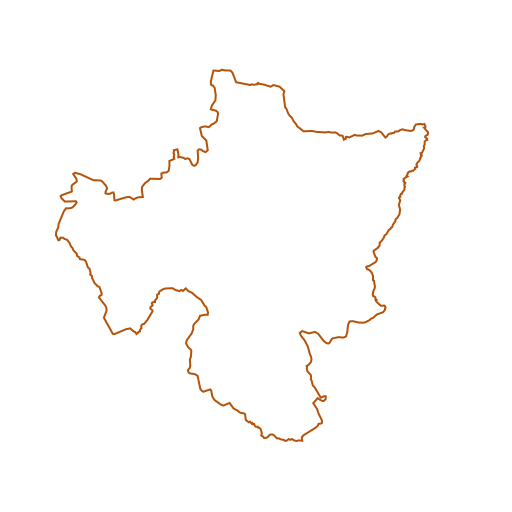 Kabongo, Katanga, Democratic Republic of the Congo (orthographic projection), rotated 259°
{"feature_id": "63176286B531915432051", "entity_name": "Kabongo", "entity_type": "district", "adm_level": 2, "iso_a3": "COD", "parent_name": "Democratic Republic of the Congo", "parent_adm1": "Katanga", "projection": "orthographic", "projection_center": [25.515, -7.094], "detail": "fine", "context": "isolated", "style": "outline", "palette": "amber", "viewbox_px": 512, "rotation_deg": 259, "n_neighbors": 0, "source": "geoboundaries", "source_scale": "gbopen_adm2", "svg_char_len": 6063}
<svg xmlns="http://www.w3.org/2000/svg" viewBox="0 0 512 512"><g transform="rotate(259 256 256)"><path d="M353.4,446.5L353.3,444.5L354.3,442.9L354.6,438.1L352.1,435.7L350.8,435.5L349.5,434.3L349.2,431.8L351.1,426.3L352.4,424.1L352.2,421.7L351.2,419.6L351.6,416.2L350.4,414.7L350.7,413.1L350.3,412.1L350.8,411.2L349.9,408.6L348.4,407.3L347.6,405.6L353.4,402.6L355.4,400.2L354.0,393.8L354.8,387.2L353.9,383.1L355.2,377.3L356.1,376.1L354.6,370.4L355.8,367.6L355.6,366.8L354.0,366.6L353.4,364.5L357.7,363.9L358.4,361.1L361.4,358.6L362.2,357.2L362.7,353.8L364.0,350.7L364.0,348.0L366.1,339.7L368.1,334.6L369.3,326.5L375.6,321.1L377.3,320.7L381.8,318.4L384.6,317.7L387.5,315.7L389.9,314.8L394.8,313.9L396.5,313.0L409.5,313.8L412.4,315.3L417.7,311.4L420.5,305.7L419.4,302.7L422.6,296.8L424.6,291.7L425.5,291.1L425.1,290.2L424.3,290.1L424.5,286.3L425.4,284.2L424.9,283.0L430.4,269.6L440.4,267.9L442.9,266.3L444.2,260.8L445.4,257.9L444.6,255.4L446.2,249.6L435.8,244.9L432.8,244.5L431.8,245.4L431.7,246.2L429.0,247.5L421.6,247.2L416.7,245.9L411.9,241.3L408.6,239.6L406.3,244.4L404.6,245.8L402.8,245.9L395.8,243.2L394.0,239.8L393.6,237.7L391.5,234.2L393.0,230.6L392.9,227.1L392.2,225.4L384.1,225.7L378.8,229.3L369.0,228.8L367.6,226.3L369.2,223.8L370.6,222.8L371.5,221.1L371.4,219.9L370.5,218.8L363.2,217.9L359.2,216.7L356.8,214.4L356.3,212.5L357.7,210.8L363.8,209.2L365.0,207.4L364.7,205.0L366.1,203.7L367.7,200.3L367.7,198.6L371.1,199.3L375.7,199.2L375.5,195.5L373.9,195.3L372.9,194.7L371.3,195.1L368.9,194.1L366.9,194.3L365.8,189.1L360.8,188.2L356.1,186.4L355.1,184.0L355.5,180.9L355.0,178.8L350.8,178.4L349.9,176.6L352.1,166.7L350.8,165.2L348.6,160.8L345.4,157.2L341.8,156.4L335.5,156.2L336.1,151.4L335.4,148.1L334.7,146.7L338.2,143.1L338.4,139.0L337.3,128.7L337.8,127.7L343.8,128.4L345.6,128.2L345.7,126.8L344.9,124.3L345.5,121.4L346.3,120.2L347.8,120.6L350.8,122.7L353.6,122.2L359.0,118.9L359.9,117.4L361.5,110.7L369.9,99.1L372.2,94.2L371.4,92.2L365.9,94.4L363.3,94.3L360.9,89.3L359.8,88.3L354.4,87.5L352.8,77.0L352.1,75.7L349.9,76.0L345.9,78.8L344.1,89.7L342.9,90.2L340.6,88.0L338.5,84.5L338.4,81.7L339.1,78.6L336.5,75.9L325.2,68.4L321.7,67.3L317.9,64.5L314.3,63.5L313.7,64.0L309.1,65.0L309.1,66.0L311.3,67.5L310.8,70.1L309.2,71.4L307.9,73.7L304.0,75.6L300.6,76.2L298.9,77.4L296.3,77.9L292.7,80.4L290.2,80.4L288.2,82.5L286.5,82.5L285.2,86.3L284.5,87.3L282.5,88.1L276.9,88.8L275.4,90.1L270.8,90.4L269.4,89.6L267.8,91.1L265.6,90.9L260.4,92.3L256.5,94.8L255.4,96.4L248.8,97.4L247.2,96.9L246.6,94.9L245.4,93.9L235.9,98.7L233.5,99.2L231.0,99.0L224.4,94.9L206.9,100.6L206.4,102.4L208.9,114.3L209.0,118.6L205.1,121.7L204.3,123.0L202.2,123.8L202.8,125.2L203.7,125.8L204.1,127.7L205.5,127.9L207.1,129.9L208.9,129.8L209.6,130.2L210.7,131.6L210.6,133.1L213.7,136.9L221.5,143.9L222.6,143.9L224.6,142.2L226.1,142.7L227.2,145.1L229.6,144.7L230.3,145.8L230.1,148.1L231.5,148.2L233.8,151.0L236.9,151.6L237.5,153.7L238.9,153.9L239.6,154.5L241.1,158.3L241.4,160.9L240.3,168.0L238.3,170.1L236.1,174.0L236.9,176.3L235.6,177.6L237.6,180.9L234.5,182.8L232.3,186.0L226.7,190.3L223.4,193.7L217.0,196.1L215.4,197.4L209.9,198.1L207.5,197.4L208.1,194.6L208.0,189.7L204.6,187.5L201.0,182.2L199.2,181.0L196.0,180.4L192.2,178.0L186.7,172.1L183.9,170.7L182.3,171.0L179.5,172.0L176.1,174.4L175.1,174.4L169.4,172.8L166.9,171.3L160.9,170.6L158.5,169.4L157.3,167.7L156.3,167.3L154.3,167.7L153.3,168.9L151.8,173.3L149.5,175.8L136.2,176.0L134.4,176.8L132.8,178.3L133.8,185.5L132.6,186.3L126.2,186.4L122.4,187.9L116.9,193.1L115.4,195.4L116.8,202.0L110.6,204.9L107.9,208.3L105.3,210.4L103.5,214.7L102.6,215.1L96.9,214.7L94.0,217.3L94.6,218.5L92.3,219.7L92.8,220.5L91.3,221.0L91.5,222.1L89.2,222.6L88.3,223.5L88.1,225.2L86.9,225.5L86.7,226.5L85.2,227.5L80.9,228.0L79.3,227.0L78.4,227.1L77.6,228.4L75.8,229.1L75.6,232.1L78.0,235.8L77.7,238.0L76.7,239.4L72.9,241.8L72.6,243.8L71.6,244.8L70.0,248.5L69.0,249.2L68.8,250.6L70.0,253.2L69.0,254.6L69.5,256.3L67.7,258.3L66.6,260.7L66.9,262.7L65.8,266.1L69.3,266.4L70.9,268.3L76.2,282.0L77.5,284.2L79.3,285.4L79.1,287.8L79.7,289.0L82.4,289.3L89.1,287.4L94.3,286.7L100.6,284.1L104.7,289.4L102.4,291.7L100.9,293.8L100.8,294.9L102.1,297.0L105.0,297.7L105.4,296.7L104.7,292.5L116.4,288.3L117.9,287.1L123.1,286.8L124.5,286.3L125.8,286.9L128.7,287.1L133.0,284.5L135.9,284.4L137.5,285.0L138.3,284.7L139.4,287.3L141.7,289.9L144.5,290.8L147.1,290.8L148.6,290.2L157.3,289.6L164.0,287.6L169.2,284.9L172.1,284.3L173.5,287.0L170.0,293.0L170.2,299.6L167.5,302.3L159.4,306.4L157.2,308.4L156.3,310.2L156.8,311.7L160.0,314.4L160.5,315.6L160.6,321.8L159.2,326.2L159.9,329.0L163.7,331.0L170.8,333.2L173.9,335.3L173.6,338.4L170.9,344.6L170.0,349.2L170.1,350.9L171.4,355.2L172.5,356.9L173.0,359.2L175.5,363.4L176.6,370.1L178.6,372.4L179.8,372.6L180.6,373.4L182.1,373.0L182.9,372.4L183.3,369.1L187.8,365.7L189.5,365.0L189.9,366.0L191.1,365.0L192.6,365.3L193.4,364.9L194.2,363.4L196.1,363.2L197.1,363.9L198.2,363.9L201.6,366.3L203.2,366.9L209.2,367.1L210.0,366.2L213.9,367.1L217.2,366.5L219.4,365.5L221.3,363.8L221.9,362.5L224.1,362.0L224.7,363.5L224.6,365.2L227.3,372.4L228.7,373.7L231.0,374.3L232.5,373.0L237.9,372.2L238.6,372.5L241.0,377.6L241.5,377.7L242.4,379.1L245.5,380.0L247.2,382.6L249.8,385.1L251.7,386.1L252.4,388.0L256.4,391.5L256.8,393.1L258.0,393.9L258.5,395.3L260.6,396.3L263.4,399.2L265.6,400.2L266.3,401.8L269.6,404.8L274.2,406.3L278.8,406.0L283.2,408.2L285.6,407.4L286.2,407.6L286.6,409.0L287.3,408.8L289.3,410.0L289.3,411.3L290.1,411.4L293.1,414.6L294.6,414.7L295.3,415.4L296.8,415.0L297.5,415.6L298.3,415.4L299.2,416.5L300.1,415.5L301.0,415.7L301.6,415.1L302.5,415.7L303.6,415.6L305.2,419.9L305.8,419.0L308.0,420.8L308.8,420.9L309.7,422.8L309.3,423.9L309.9,425.1L309.7,426.5L311.2,429.0L312.4,429.0L312.8,431.3L315.3,431.0L317.2,432.7L318.1,434.3L320.3,435.9L321.0,435.9L322.5,437.7L323.1,437.9L323.5,437.2L325.5,437.2L325.3,438.3L329.6,441.6L331.9,441.7L333.1,442.8L336.2,443.4L337.0,444.6L337.3,446.3L338.3,446.4L340.5,444.7L341.5,445.3L342.4,447.8L344.6,448.5L349.9,445.4L349.9,446.7L350.7,447.1L353.4,446.5Z" fill="none" stroke="#b45309" stroke-width="2"/></g></svg>